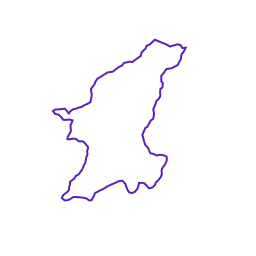 Gonçalves, Minas Gerais, Brazil (Mercator projection), rotated 320°
{"feature_id": "56859067B77873269175892", "entity_name": "Gonçalves", "entity_type": "district", "adm_level": 2, "iso_a3": "BRA", "parent_name": "Brazil", "parent_adm1": "Minas Gerais", "projection": "mercator", "projection_center": [-45.837, -22.682], "detail": "fine", "context": "isolated", "style": "outline", "palette": "violet", "viewbox_px": 256, "rotation_deg": 320, "n_neighbors": 0, "source": "geoboundaries", "source_scale": "gbopen_adm2", "svg_char_len": 2209}
<svg xmlns="http://www.w3.org/2000/svg" viewBox="0 0 256 256"><g transform="rotate(320 128 128)"><path d="M51.7,158.5L53.7,159.9L55.8,159.0L58.2,158.1L60.8,156.7L63.4,157.2L65.6,157.6L68.7,158.5L71.6,159.1L74.3,159.4L77.5,160.2L80.3,161.0L83.9,162.1L87.5,163.1L89.9,165.0L90.1,168.9L88.9,172.1L87.8,175.2L87.5,178.1L89.1,180.3L92.0,181.3L96.0,180.7L98.7,179.0L101.2,177.1L103.8,179.3L105.1,181.2L105.2,184.3L105.4,187.8L108.4,189.2L112.0,189.0L114.2,187.7L117.3,187.5L121.6,186.7L124.3,185.1L126.3,182.2L129.4,180.4L132.6,179.8L135.0,178.8L137.2,177.5L139.2,174.8L137.8,171.8L135.0,168.8L132.4,167.6L130.9,164.4L128.9,161.7L129.7,158.8L130.6,156.0L130.3,152.1L132.0,148.0L134.7,142.4L141.3,139.1L143.5,139.5L150.2,136.9L153.4,137.1L157.1,133.8L159.4,129.9L164.3,127.4L167.0,125.6L170.9,125.3L173.4,124.2L175.9,120.8L178.0,118.9L180.4,119.0L183.5,116.1L183.5,113.7L185.2,111.6L187.1,109.4L192.0,108.5L195.1,107.5L199.9,110.3L206.6,111.7L209.6,110.3L212.3,109.5L216.2,106.1L219.9,105.3L223.7,103.6L221.0,101.7L221.6,98.5L219.7,95.7L212.5,92.6L211.0,88.5L207.6,82.1L205.3,77.6L201.1,77.9L198.4,78.0L195.0,77.0L192.4,78.5L190.2,78.5L187.0,78.9L183.9,81.0L180.5,80.7L176.8,80.4L173.7,80.3L172.0,78.3L169.8,77.2L166.8,75.6L163.5,76.3L160.3,75.4L157.1,75.2L154.6,75.2L152.3,75.0L150.2,73.6L147.9,72.2L145.7,72.0L143.1,71.6L139.7,71.2L136.1,70.6L132.6,71.7L130.3,73.0L127.9,73.5L125.0,74.2L123.4,76.1L121.7,79.2L118.9,81.6L115.8,84.0L112.3,83.4L108.9,82.4L106.0,82.1L103.9,80.9L100.6,79.7L97.8,78.4L94.8,78.0L92.1,78.8L92.1,75.8L92.0,72.5L89.8,71.1L87.3,69.5L84.2,67.1L81.4,66.8L81.3,70.7L83.4,73.1L83.8,76.1L83.7,80.1L85.8,82.0L88.5,83.7L90.4,86.6L88.1,87.9L85.8,88.8L84.2,90.9L82.3,93.7L78.9,95.1L76.2,96.0L74.4,97.6L76.4,99.4L78.9,100.7L81.1,102.9L81.9,106.8L84.6,108.9L85.3,111.3L85.1,114.1L85.3,116.5L83.8,118.3L81.9,119.3L80.1,122.0L77.2,123.7L74.8,125.6L72.8,127.2L70.4,128.1L68.1,129.5L65.3,130.6L63.0,131.2L60.1,131.8L56.9,131.2L54.4,132.2L51.5,132.1L49.0,132.0L47.2,134.0L44.9,135.4L43.1,137.4L40.5,138.0L37.9,137.8L34.8,137.8L32.3,139.3L33.0,142.8L35.8,144.8L39.0,145.4L41.9,145.8L43.9,147.5L45.5,149.2L47.6,151.2L49.2,153.0L50.7,155.0L51.7,158.5Z" fill="none" stroke="#5b21b6" stroke-width="2"/></g></svg>